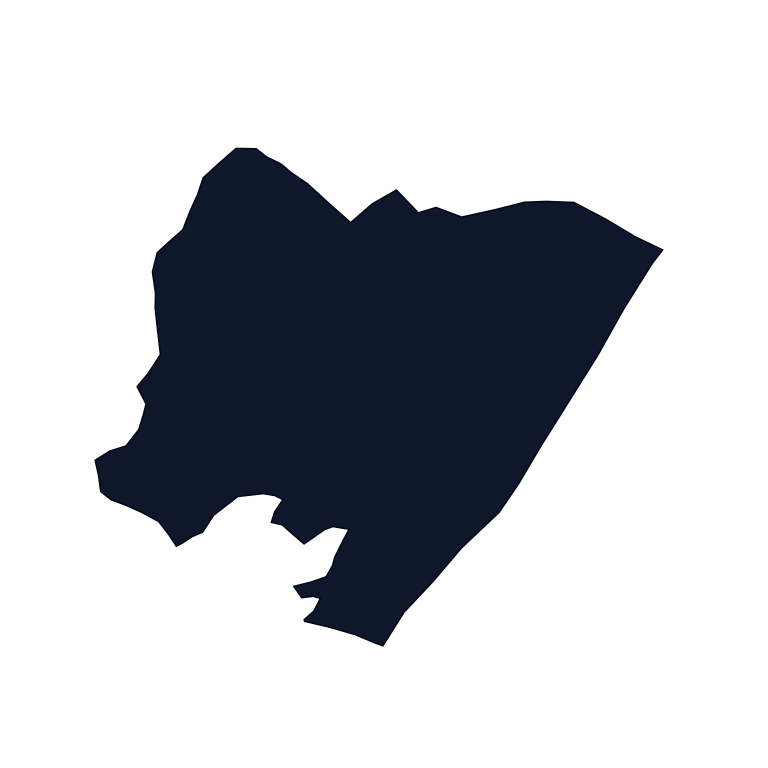 outline of Al-Samawa, Al-Muthannia, Iraq, rotated 260°
{"feature_id": "34846034B29652817116796", "entity_name": "Al-Samawa", "entity_type": "district", "adm_level": 2, "iso_a3": "IRQ", "parent_name": "Iraq", "parent_adm1": "Al-Muthannia", "projection": "equal_earth", "projection_center": [45.309, 31.221], "detail": "fine", "context": "isolated", "style": "filled", "palette": "ink", "viewbox_px": 768, "rotation_deg": 260, "n_neighbors": 0, "source": "geoboundaries", "source_scale": "gbopen_adm2", "svg_char_len": 1343}
<svg xmlns="http://www.w3.org/2000/svg" viewBox="0 0 768 768"><g transform="rotate(260 384 384)"><path d="M612.1,238.3L602.7,233.2L589.0,223.7L570.9,212.7L561.5,197.3L552.7,183.5L534.6,175.4L512.7,174.7L498.4,171.8L475.4,170.3L451.8,168.9L435.3,153.5L424.3,140.4L405.7,146.2L395.8,141.8L381.6,134.5L367.8,119.2L365.6,102.4L359.1,86.3L343.2,87.0L327.3,86.3L317.4,95.1L309.7,108.2L300.4,122.1L287.7,138.2L272.4,146.2L260.3,151.3L262.5,158.1L266.8,167.9L269.6,179.6L284.4,193.5L298.6,220.5L297.0,246.1L293.1,257.1L287.7,264.4L277.2,254.2L267.3,249.0L263.0,259.3L249.2,270.2L240.4,277.5L250.9,300.2L252.5,309.0L247.0,324.3L233.8,314.1L221.8,305.3L214.1,301.7L204.2,293.6L201.5,276.8L200.4,260.0L187.8,265.9L187.2,277.5L183.9,284.1L172.4,275.4L165.8,264.4L164.0,264.7L163.1,266.8L158.2,278.2L154.5,286.9L142.5,311.5L130.5,330.2L126.3,337.4L127.1,338.1L155.7,364.1L181.7,398.8L209.0,431.7L237.6,475.1L262.4,499.3L294.9,527.1L331.3,560.0L365.3,590.6L375.6,599.9L416.0,632.9L456.4,669.3L467.6,681.7L469.8,678.7L485.2,657.2L507.9,630.9L529.8,602.6L535.7,575.3L538.6,553.8L536.4,524.5L534.9,489.4L548.8,466.0L546.6,447.5L572.9,429.9L563.4,403.6L548.7,379.2L570.7,361.7L594.8,343.2L608.0,329.5L618.3,321.0L624.0,313.4L628.1,307.7L637.9,298.9L641.7,279.2L630.2,260.2L618.6,241.9L612.1,238.3Z" fill="#0f172a" stroke="#020617" stroke-width="1.5"/></g></svg>